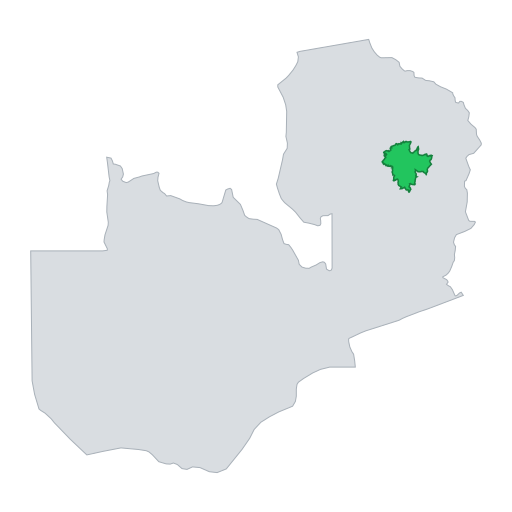 location of Shiwang'Andu, Muchinga, Zambia
{"feature_id": "96606910B14962040673296", "entity_name": "Shiwang'Andu", "entity_type": "district", "adm_level": 2, "iso_a3": "ZMB", "parent_name": "Zambia", "parent_adm1": "Muchinga", "projection": "robinson", "projection_center": [31.599, -11.088], "detail": "fine", "context": "in_parent", "style": "filled", "palette": "green", "viewbox_px": 512, "rotation_deg": 0, "n_neighbors": 0, "source": "geoboundaries", "source_scale": "gbopen_adm2", "svg_char_len": 9285}
<svg xmlns="http://www.w3.org/2000/svg" viewBox="0 0 512 512"><path d="M355.3,367.1L329.7,367.1L320.4,369.4L312.8,372.9L303.7,378.4L298.4,382.2L297.0,384.4L296.3,389.0L296.3,396.2L295.4,401.4L292.6,406.2L278.8,411.9L269.8,416.6L260.9,422.2L254.2,429.4L249.7,438.3L242.1,449.3L226.3,468.9L217.1,472.6L209.3,471.7L200.0,467.6L192.5,466.9L187.0,469.4L182.0,468.6L177.3,464.5L173.4,463.0L170.2,464.1L166.2,463.9L158.8,461.7L152.3,454.7L148.8,451.8L146.2,450.7L138.5,449.5L120.9,447.9L102.8,451.4L86.8,454.9L70.3,439.3L54.4,422.8L51.0,418.6L45.0,413.1L40.7,410.4L39.0,409.0L34.6,394.3L32.1,380.8L30.7,250.9L102.6,250.9L107.2,250.3L107.4,248.9L104.0,242.0L104.2,239.5L105.0,234.8L108.1,225.4L108.3,222.3L106.8,212.0L106.9,206.3L107.6,194.7L107.1,190.8L108.7,185.6L109.3,182.2L109.9,180.7L109.1,176.7L107.5,163.0L106.7,157.2L111.0,158.1L112.4,160.9L113.3,164.0L115.2,164.2L120.4,166.0L122.2,168.6L123.4,174.1L122.7,176.9L121.1,179.2L122.7,181.2L126.2,182.6L128.2,182.1L133.9,178.4L139.2,177.0L142.0,176.0L153.8,173.5L156.2,172.2L157.8,172.2L159.0,173.3L158.0,177.2L157.7,180.7L159.2,187.2L160.3,190.3L162.8,192.5L164.6,193.6L166.6,196.0L170.7,195.6L179.8,198.9L182.6,200.5L186.5,202.0L189.2,202.6L198.6,203.8L208.5,205.6L213.6,205.8L217.3,205.3L219.8,204.4L221.4,203.3L222.1,202.4L225.8,190.0L227.7,189.0L230.1,188.3L231.6,189.5L233.2,197.3L240.4,204.4L242.9,210.3L244.7,215.4L246.3,216.8L249.0,218.6L253.3,219.2L257.2,219.4L276.5,228.0L278.7,229.6L281.1,234.3L282.5,239.5L284.0,243.6L286.5,244.4L288.7,244.7L291.0,247.6L292.6,250.0L298.4,260.3L299.2,264.3L302.0,267.1L305.7,268.2L309.2,268.3L311.2,267.1L316.1,265.0L320.0,262.6L322.8,261.8L324.4,262.3L325.7,264.0L326.5,269.1L329.3,270.8L331.3,270.1L332.1,268.1L332.1,267.1L332.0,213.7L330.2,214.1L328.0,215.6L322.9,215.7L320.9,216.9L320.3,218.6L320.7,220.8L320.8,223.8L320.0,225.3L317.8,225.8L314.6,224.6L308.7,223.1L303.8,222.2L300.3,218.2L295.5,212.1L292.4,209.1L284.8,202.8L283.6,201.5L281.3,198.6L279.3,193.6L277.4,187.8L276.4,184.1L278.2,178.4L282.5,159.9L283.5,154.2L287.2,148.3L287.4,143.1L285.9,136.4L286.3,132.6L286.7,111.5L285.7,104.8L283.2,97.3L277.8,87.0L277.8,84.8L286.1,78.1L288.6,75.5L293.0,70.1L295.9,65.5L297.8,61.7L298.4,56.9L297.0,52.3L299.9,51.4L368.7,39.4L369.7,42.6L371.8,47.9L374.2,51.7L377.1,55.1L379.7,57.2L381.3,57.8L391.9,57.6L395.8,59.7L399.1,62.3L399.9,66.3L402.1,68.9L404.4,70.9L405.5,71.1L407.2,70.6L410.0,70.6L412.7,71.5L413.9,72.4L414.1,75.7L414.9,77.3L418.4,77.9L422.1,78.1L425.6,80.4L429.4,80.8L433.8,81.8L435.9,84.2L440.6,86.8L446.4,89.1L452.7,92.8L452.8,94.0L453.9,96.2L455.0,97.8L455.1,100.1L455.6,102.3L457.2,102.8L458.6,103.0L459.8,101.4L461.5,101.4L463.3,102.4L464.0,104.9L465.4,108.3L467.8,110.6L469.3,112.8L468.8,116.9L467.8,120.5L471.0,124.2L475.1,127.7L476.2,129.2L476.5,134.3L477.1,136.1L479.9,140.4L481.3,143.2L481.2,144.9L473.7,153.3L469.0,154.6L467.0,156.4L465.8,158.2L468.8,166.6L470.3,169.8L469.0,173.8L466.0,180.6L464.6,181.2L464.4,186.4L465.3,188.3L466.8,189.7L467.4,193.2L467.2,201.9L465.4,211.8L468.7,220.4L469.9,221.3L474.6,221.4L475.4,222.1L474.2,224.6L470.9,228.4L465.0,231.3L456.4,234.6L454.6,237.7L453.5,242.2L454.4,244.9L455.6,246.4L455.2,250.4L454.4,254.5L454.7,257.8L454.3,260.7L453.2,262.2L451.7,266.5L449.8,270.9L448.4,272.9L446.2,275.0L442.8,276.8L442.9,277.7L446.7,279.7L447.7,281.1L448.1,282.1L446.5,284.3L448.2,285.6L450.4,286.8L452.4,289.7L454.8,295.2L455.2,295.8L455.9,295.9L457.1,295.3L459.5,293.0L461.2,292.2L463.3,295.4L427.5,309.0L419.1,311.8L406.6,316.6L402.5,318.4L399.2,320.2L365.9,330.8L360.7,332.9L349.0,338.4L348.6,339.3L348.7,341.7L349.8,346.9L351.8,351.5L353.6,354.2L354.7,361.0L355.3,367.1Z" fill="#d9dde1" stroke="#a8b0b8" stroke-width="1"/><path d="M432.1,155.7L431.9,155.7L431.6,155.6L431.4,155.6L431.3,155.4L431.2,155.3L431.1,155.6L430.8,155.7L430.6,155.7L430.5,155.8L430.4,155.6L430.2,155.6L429.7,155.8L429.4,155.9L429.1,156.2L429.0,156.4L429.0,156.2L428.6,156.3L428.6,156.2L428.4,156.4L428.1,156.3L427.7,156.2L427.4,156.3L427.3,156.1L427.3,155.8L427.0,155.7L427.0,155.1L426.9,155.1L426.9,154.9L426.6,154.6L426.7,154.3L426.6,154.0L425.7,154.2L425.4,154.5L425.2,154.3L424.8,154.4L424.3,154.8L423.9,154.9L423.4,155.3L422.9,155.3L422.6,155.5L422.3,155.5L421.9,155.3L421.7,155.5L421.3,155.4L420.6,155.1L420.0,155.2L419.6,154.9L419.1,154.9L418.9,154.8L418.4,154.3L418.1,153.5L418.0,152.7L418.0,151.0L418.6,149.3L418.6,148.9L418.2,146.7L417.8,147.0L417.4,147.7L417.4,148.2L417.0,148.7L417.0,148.8L417.0,149.0L416.9,149.1L416.9,149.4L416.8,149.6L416.6,149.6L416.5,149.9L416.4,150.3L415.8,150.6L415.7,150.5L415.2,150.9L414.9,151.0L414.7,151.4L414.3,151.7L414.1,151.9L414.0,152.0L413.5,152.6L413.2,152.6L413.1,152.8L412.9,152.9L412.7,153.2L412.3,153.0L412.0,152.9L410.9,152.8L410.4,152.1L409.8,151.5L409.8,151.2L409.0,149.7L409.7,149.3L409.9,149.0L409.6,148.2L409.4,145.3L410.0,144.3L410.4,143.4L410.8,142.7L410.9,141.7L410.6,141.5L410.1,141.5L409.4,141.9L407.7,141.9L407.2,142.0L406.7,141.8L406.3,141.5L406.0,141.4L405.6,141.8L405.3,141.8L405.2,141.9L404.9,141.9L404.7,142.3L404.4,142.5L404.4,142.4L404.2,142.1L403.8,142.2L403.7,142.1L403.5,141.9L403.4,142.1L403.2,142.1L403.2,141.9L403.1,142.0L402.9,142.0L402.9,142.3L402.7,142.3L402.3,142.3L402.1,142.4L401.8,143.1L401.5,143.0L401.6,142.8L401.2,143.0L401.2,143.3L401.1,143.2L401.1,143.3L400.9,143.4L401.0,143.8L400.0,144.1L399.3,143.7L398.7,143.7L398.3,144.1L398.1,144.6L397.9,144.7L397.6,144.8L397.0,143.8L396.2,143.6L395.9,143.9L395.9,144.2L395.5,144.5L395.4,144.8L394.9,145.3L394.7,145.3L394.4,145.5L393.5,145.6L393.1,145.9L392.8,146.1L392.2,146.1L391.1,146.6L391.1,147.0L391.6,147.3L391.7,147.7L391.7,147.9L390.9,147.7L390.4,147.9L390.2,148.3L390.5,149.1L390.5,149.8L390.8,149.9L390.8,150.2L390.1,150.5L389.9,150.9L389.4,151.2L389.0,151.5L388.8,151.5L388.7,151.0L388.2,150.6L387.6,151.0L386.4,150.6L385.3,151.1L384.6,151.7L384.0,152.0L383.7,152.4L383.7,152.6L384.1,153.0L384.5,153.1L384.4,153.9L384.7,154.1L384.8,154.1L385.1,153.5L385.4,153.4L385.7,153.4L386.0,153.6L386.6,154.5L385.9,155.4L385.6,155.0L385.3,154.8L384.5,154.9L384.2,155.2L384.2,155.7L384.3,156.0L385.3,156.7L385.6,157.2L385.5,157.4L385.6,157.6L385.3,157.7L384.6,158.5L384.4,159.4L384.2,159.6L383.5,160.1L382.8,161.1L382.4,161.4L382.3,161.6L382.6,161.6L382.6,162.2L382.8,162.3L382.7,162.7L382.7,162.8L382.9,162.9L383.1,162.9L383.2,163.2L383.3,162.9L383.3,163.3L383.5,163.6L383.6,163.4L383.8,163.6L383.9,163.4L383.9,163.5L384.3,163.6L384.5,163.7L384.6,163.9L384.6,164.0L384.9,164.3L385.1,164.2L385.2,164.3L385.1,164.5L385.3,164.6L385.4,164.8L385.5,164.8L385.9,165.5L386.2,165.3L386.5,165.3L386.7,165.5L386.8,165.3L387.0,165.7L386.9,165.7L387.0,165.8L387.2,165.7L387.5,165.7L387.6,165.9L387.9,165.6L387.9,165.9L388.4,165.8L388.5,166.0L388.7,165.9L388.9,166.0L389.0,166.3L389.3,166.3L389.3,166.2L389.7,166.1L389.8,166.2L390.2,166.0L390.4,166.2L390.5,165.9L390.8,166.0L390.8,165.9L391.2,166.1L391.7,166.1L391.8,166.3L392.1,166.4L392.1,166.6L392.3,166.7L392.2,166.8L392.3,166.9L392.2,167.1L392.4,167.0L392.6,167.2L392.7,167.5L392.7,167.9L392.6,168.2L392.4,168.5L392.6,168.8L392.4,169.4L392.4,169.7L392.6,170.0L392.6,171.0L392.1,171.9L392.1,172.1L392.4,172.5L392.9,174.8L393.0,174.7L394.2,175.3L394.4,175.7L394.5,175.7L394.4,176.1L393.8,176.9L393.7,178.0L393.8,179.1L393.6,179.8L393.4,180.1L393.3,180.3L393.5,180.7L394.1,180.8L395.0,180.2L395.4,180.2L395.4,179.8L395.9,179.9L396.6,179.3L397.3,179.1L397.5,179.1L397.8,179.3L397.9,179.5L398.1,180.5L398.3,181.2L398.3,181.6L398.1,181.9L398.0,182.2L398.2,183.2L398.1,184.1L398.2,184.4L398.8,185.5L401.3,186.9L400.5,188.3L400.3,188.8L402.3,188.6L403.1,187.8L403.9,188.0L404.2,187.9L404.3,187.7L404.7,187.7L404.8,187.5L405.1,188.1L405.4,188.4L405.7,189.2L406.0,189.4L406.3,190.0L407.1,189.9L407.5,190.0L407.8,189.8L408.1,190.1L408.3,190.2L408.3,190.3L408.4,190.5L408.5,190.4L408.6,190.6L408.7,191.0L408.5,191.3L408.6,191.5L408.7,191.9L408.9,192.0L409.0,191.9L409.1,192.1L409.3,192.0L409.3,191.8L409.4,191.6L409.7,191.3L409.7,191.0L409.6,190.8L409.9,190.6L410.0,190.6L410.1,190.4L410.1,190.1L410.5,189.7L410.8,189.2L410.6,189.0L410.4,188.6L410.4,188.1L410.0,187.5L409.8,187.2L409.3,187.2L409.1,186.9L409.1,186.3L409.8,184.9L409.8,184.3L409.6,183.8L409.9,183.7L410.3,183.5L410.8,183.8L411.1,184.1L412.2,184.5L414.2,184.7L414.7,184.7L415.1,184.1L414.9,184.0L414.9,183.8L414.7,183.9L414.5,183.3L414.7,182.9L414.8,182.1L415.1,181.4L415.2,180.9L415.1,180.5L415.1,180.1L415.2,179.6L415.4,179.3L415.6,177.9L415.9,177.1L416.3,177.1L416.9,176.8L416.6,176.7L416.5,176.4L416.0,175.9L415.8,175.9L415.7,175.7L415.8,175.4L416.2,175.0L416.1,174.5L416.2,174.1L415.9,173.3L415.5,172.9L415.2,172.3L415.1,171.6L415.6,170.7L415.3,169.6L415.5,169.7L416.1,170.2L416.6,170.8L417.2,170.9L417.4,171.2L417.8,171.4L418.1,171.8L419.1,171.6L419.9,171.9L420.8,171.6L421.2,171.6L421.4,171.4L421.8,171.4L422.1,171.6L422.5,171.6L422.8,171.4L423.3,171.5L423.8,172.4L424.2,172.7L424.8,172.9L425.8,173.8L426.2,174.5L426.4,174.2L426.4,173.3L426.5,172.8L426.7,172.4L427.2,172.1L427.3,171.7L427.5,171.5L427.4,170.8L427.5,170.6L427.2,169.8L427.2,169.6L427.3,169.2L427.8,168.2L428.0,167.7L428.7,167.2L429.3,166.4L431.4,164.2L430.6,163.2L430.1,162.3L430.1,162.1L429.6,161.3L429.9,160.3L430.7,159.9L431.2,159.3L431.3,158.9L431.6,158.2L431.7,157.5L431.8,156.9L431.8,156.4L432.1,155.7Z" fill="#22c55e" stroke="#15803d" stroke-width="1.5"/></svg>